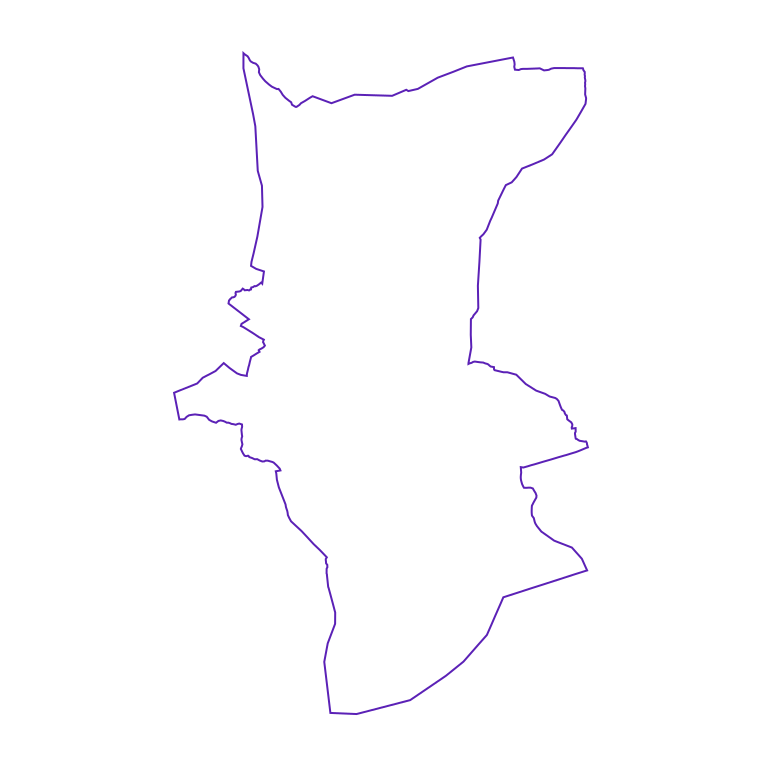 the district of Ado-Ekiti, Ekiti, Nigeria, rotated 272°
{"feature_id": "59680162B25214275797379", "entity_name": "Ado-Ekiti", "entity_type": "district", "adm_level": 2, "iso_a3": "NGA", "parent_name": "Nigeria", "parent_adm1": "Ekiti", "projection": "mercator", "projection_center": [5.254, 7.621], "detail": "fine", "context": "isolated", "style": "outline", "palette": "violet", "viewbox_px": 768, "rotation_deg": 272, "n_neighbors": 0, "source": "geoboundaries", "source_scale": "gbopen_adm2", "svg_char_len": 5826}
<svg xmlns="http://www.w3.org/2000/svg" viewBox="0 0 768 768"><g transform="rotate(272 384 384)"><path d="M204.8,593.5L208.8,591.5L213.7,589.1L216.3,587.8L227.1,577.5L232.5,562.0L233.4,559.5L238.6,551.6L242.0,546.4L247.3,541.8L249.9,540.1L251.6,539.4L255.2,538.4L257.6,536.5L258.7,536.3L260.5,536.1L262.4,536.0L264.4,536.0L266.0,536.0L267.7,536.1L269.0,536.8L270.2,537.3L271.6,538.0L275.8,540.2L277.8,540.3L278.8,539.9L280.3,539.3L282.2,538.0L282.8,537.6L284.8,536.4L285.5,534.1L285.4,531.6L285.2,529.9L285.2,528.9L285.2,527.5L286.3,526.8L288.8,525.5L291.0,524.8L292.6,524.3L294.4,524.0L295.8,523.9L298.2,524.0L300.1,524.2L302.1,524.0L305.7,523.6L305.4,526.2L306.8,530.6L308.0,534.0L308.9,537.0L310.2,540.9L311.9,545.9L313.2,549.9L314.3,553.3L316.9,560.9L317.9,564.0L318.8,566.7L319.3,568.4L321.0,573.3L322.6,578.0L323.5,580.2L324.6,582.7L327.2,588.3L327.8,590.0L328.9,589.6L329.8,589.4L330.7,589.0L331.7,588.9L332.6,588.6L333.7,587.8L333.4,586.6L333.6,585.3L334.1,581.4L335.0,579.7L335.6,578.9L336.0,577.6L336.5,577.4L340.8,576.6L341.8,576.6L343.0,577.2L345.3,577.1L346.6,577.0L346.2,574.6L346.0,573.3L347.0,573.1L347.5,573.2L348.6,573.6L350.3,573.6L352.2,572.5L353.9,570.0L355.1,568.4L357.0,568.1L358.9,567.8L359.4,566.8L361.0,565.7L362.1,565.5L363.7,564.2L364.4,562.8L367.0,561.5L369.4,560.5L373.2,559.0L375.1,557.2L376.0,555.6L377.3,549.9L379.8,545.4L382.7,536.3L388.9,525.7L397.9,515.9L400.0,507.0L400.0,505.3L399.9,503.1L400.3,500.8L400.6,499.4L401.7,494.0L402.7,493.4L404.7,493.3L405.2,490.0L405.9,489.0L407.2,487.5L407.7,486.4L408.1,484.5L408.4,483.7L408.9,482.4L409.0,479.8L409.3,476.6L409.6,474.0L409.2,472.3L408.2,470.8L407.6,468.8L407.0,467.7L407.9,467.7L423.6,470.0L436.2,469.0L451.9,468.6L453.7,470.3L455.7,471.1L460.0,474.5L463.2,475.6L485.5,474.4L509.6,475.1L531.7,475.5L533.4,474.6L534.9,475.9L537.1,478.1L541.8,481.3L550.9,484.5L553.9,485.8L564.0,489.7L568.4,491.4L571.2,491.7L582.7,496.8L587.0,498.8L590.0,504.6L595.4,509.1L604.1,514.4L608.1,523.5L608.3,524.0L613.9,536.1L619.4,544.0L631.3,551.8L639.5,557.0L644.5,560.3L651.1,564.6L654.8,567.0L657.0,568.2L664.5,572.2L668.9,574.5L671.0,575.6L674.5,575.9L675.6,576.0L676.8,576.0L680.4,574.9L686.5,574.9L688.7,574.5L690.6,574.6L692.1,574.4L693.8,574.7L695.1,574.5L697.2,574.0L698.8,574.1L700.2,573.7L701.1,573.8L702.9,573.7L703.5,573.2L704.7,572.3L705.8,572.0L706.5,571.7L706.3,567.1L706.3,562.1L706.1,558.0L706.0,551.7L705.7,543.1L705.0,540.1L703.8,537.9L703.5,536.5L703.0,533.0L704.1,530.5L704.9,528.7L704.6,525.1L703.9,515.4L703.8,512.0L703.5,509.9L702.5,507.7L702.7,503.9L705.5,503.1L708.0,503.4L710.6,503.0L710.9,502.9L714.8,501.5L704.3,455.7L698.4,442.3L692.0,427.0L680.1,407.5L677.6,398.1L678.8,396.0L672.3,382.1L672.1,344.6L662.8,321.7L669.1,302.6L667.5,300.0L664.1,295.1L661.7,291.2L660.0,289.8L657.9,286.9L657.9,285.9L659.9,282.3L662.3,281.4L663.7,279.3L666.6,275.4L669.4,272.7L672.6,270.6L675.2,268.3L675.0,266.7L677.2,261.6L679.3,258.6L682.4,254.8L684.9,252.4L688.4,249.5L691.2,248.1L694.2,248.3L696.9,247.3L698.2,246.3L699.7,244.6L700.4,242.0L701.7,239.6L702.9,238.6L705.3,237.3L706.8,236.2L708.6,233.3L709.7,232.0L694.6,232.5L648.9,243.8L637.1,246.4L592.6,250.4L577.9,255.1L556.7,256.4L526.9,252.3L509.9,249.1L501.4,247.3L497.4,247.0L494.6,252.2L492.3,260.1L480.0,258.8L481.1,257.7L479.1,255.4L478.4,254.4L477.8,253.6L477.2,252.2L477.3,251.1L476.3,249.8L475.8,248.0L474.8,247.8L473.9,247.8L473.7,246.8L473.2,246.5L472.8,245.9L473.2,244.3L472.8,241.5L473.8,240.5L474.4,239.5L473.4,238.7L471.9,237.5L471.4,236.1L470.9,232.8L469.7,232.4L468.4,232.8L467.2,232.6L465.9,231.6L465.4,230.4L465.2,229.0L464.0,227.9L463.3,227.1L462.9,227.0L462.1,226.2L459.0,225.8L444.0,246.7L439.1,239.5L437.0,238.9L436.0,241.3L435.5,242.2L430.0,251.7L426.5,257.3L424.9,260.7L424.1,262.4L423.8,262.3L423.5,262.1L423.2,261.9L422.7,261.8L421.5,261.7L421.0,262.1L418.2,263.6L416.6,262.4L415.2,260.4L414.1,258.3L413.4,257.6L411.8,258.5L410.5,256.4L409.3,254.6L408.0,252.7L406.4,250.2L405.6,250.1L401.7,249.2L398.0,248.5L396.3,248.0L393.5,247.5L389.8,246.7L388.3,246.6L387.3,246.6L388.1,240.7L389.5,236.7L394.6,229.1L399.3,223.1L393.6,217.6L391.1,215.2L389.6,212.6L387.5,209.0L386.3,206.8L383.9,202.6L378.0,197.3L370.2,179.6L367.9,174.5L356.8,177.1L341.4,180.7L341.6,181.9L341.7,184.4L342.1,186.0L344.3,187.9L345.9,190.2L346.5,193.1L347.0,196.2L346.6,200.5L346.1,205.6L345.1,208.0L342.1,210.5L340.6,213.4L339.4,217.5L341.3,219.8L341.9,222.1L341.4,224.7L340.7,226.6L339.9,228.1L339.9,230.0L339.4,231.6L338.8,232.9L338.6,234.9L338.1,237.3L338.9,239.0L339.4,240.7L338.6,243.5L337.3,243.6L336.4,243.7L335.7,243.6L334.6,243.3L333.1,243.1L328.1,243.8L326.8,244.1L326.2,244.0L325.8,243.8L324.1,243.5L323.1,243.5L320.6,244.1L318.8,244.6L316.7,244.1L314.9,243.4L314.1,243.2L313.2,243.7L311.6,244.5L309.8,245.5L307.5,247.1L307.1,248.5L307.2,249.5L307.4,250.0L307.5,250.2L307.6,250.7L307.1,251.4L306.3,251.9L305.4,254.8L305.0,255.7L304.3,257.3L304.3,258.0L304.4,259.3L304.4,260.1L303.9,261.0L303.1,262.7L302.3,265.1L302.5,267.1L303.3,268.4L303.3,270.6L302.7,273.0L302.2,275.1L301.6,276.5L298.9,279.6L297.1,281.4L295.8,282.7L294.0,283.5L293.7,282.3L293.6,281.7L293.0,278.9L290.7,279.5L284.6,280.3L277.1,282.5L269.7,285.7L260.2,289.8L257.6,290.3L255.4,291.1L253.9,291.7L251.8,292.2L249.7,292.5L246.9,293.9L243.5,295.9L241.1,298.7L234.0,306.9L230.2,310.7L221.4,319.4L216.1,325.4L213.3,328.3L208.8,332.9L207.0,331.9L205.8,332.0L204.6,332.2L202.7,332.4L201.3,333.6L198.9,333.8L197.4,333.1L194.1,333.2L192.8,333.2L191.8,333.6L191.3,333.6L179.3,335.3L178.1,335.8L172.0,337.7L161.9,340.8L153.9,343.2L142.6,343.5L122.8,336.8L104.2,334.0L53.4,341.9L53.2,368.1L69.0,421.2L94.5,456.0L109.3,473.1L126.6,487.2L136.8,495.6L147.6,499.9L155.8,503.1L169.6,508.6L175.0,510.7L179.9,524.3L185.1,538.6L189.2,550.1L195.2,566.7L200.6,581.6L204.8,593.5Z" fill="none" stroke="#5b21b6" stroke-width="2"/></g></svg>